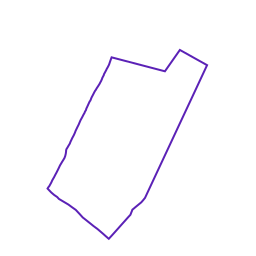 Dumyat Al-Gadida, Dumyat, Egypt (Mercator projection), rotated 309°
{"feature_id": "37247803B6997097478011", "entity_name": "Dumyat Al-Gadida", "entity_type": "district", "adm_level": 2, "iso_a3": "EGY", "parent_name": "Egypt", "parent_adm1": "Dumyat", "projection": "mercator", "projection_center": [31.676, 31.437], "detail": "fine", "context": "isolated", "style": "outline", "palette": "violet", "viewbox_px": 256, "rotation_deg": 309, "n_neighbors": 0, "source": "geoboundaries", "source_scale": "gbopen_adm2", "svg_char_len": 1404}
<svg xmlns="http://www.w3.org/2000/svg" viewBox="0 0 256 256"><g transform="rotate(309 128 128)"><path d="M221.3,119.2L195.3,121.0L172.6,70.8L170.8,71.4L168.8,72.1L165.3,73.4L163.9,73.7L162.5,74.0L160.5,74.3L159.4,74.6L156.3,75.2L154.6,75.5L153.9,75.9L150.8,76.5L150.1,76.8L147.7,77.5L145.9,77.8L144.6,78.1L142.1,78.4L139.0,78.7L137.3,79.0L136.3,79.0L134.6,79.3L131.8,79.9L128.7,80.5L125.6,81.5L124.5,81.5L122.1,82.1L118.3,83.1L116.9,83.4L115.6,84.0L113.5,84.3L112.4,84.7L110.4,85.0L107.6,85.6L105.9,85.9L104.2,86.2L101.7,86.9L99.7,87.5L96.9,88.1L92.7,89.1L91.0,89.7L88.3,90.4L85.1,91.0L82.7,91.6L81.0,92.0L79.3,92.6L76.9,92.9L75.1,93.2L72.7,93.5L71.3,94.2L71.0,94.5L68.9,95.8L66.8,96.8L64.7,97.5L62.7,97.8L60.2,98.1L58.2,98.4L56.1,98.7L53.7,99.3L50.6,100.0L49.2,100.3L47.8,100.6L46.1,100.9L44.7,101.2L43.3,101.5L41.3,101.8L39.5,102.1L38.1,102.5L36.8,102.8L35.0,103.1L33.3,103.4L31.6,103.4L30.3,103.6L29.6,108.9L29.5,112.7L29.8,116.5L29.4,118.9L31.0,129.9L31.2,134.4L31.5,138.9L30.7,144.7L30.0,149.1L30.1,159.4L30.1,159.5L30.1,163.2L30.3,167.7L30.3,168.5L30.1,175.3L29.9,179.4L29.9,180.4L29.8,181.4L29.8,182.8L34.6,183.1L38.4,183.3L42.5,183.5L47.0,183.7L51.1,183.9L59.3,184.3L62.0,184.5L63.0,184.2L64.5,183.7L65.2,183.5L65.9,183.3L67.3,182.8L68.6,183.1L70.8,183.5L78.6,185.1L81.3,185.2L84.4,185.2L176.3,162.4L192.5,158.4L226.6,149.9L221.3,119.2Z" fill="none" stroke="#5b21b6" stroke-width="2"/></g></svg>